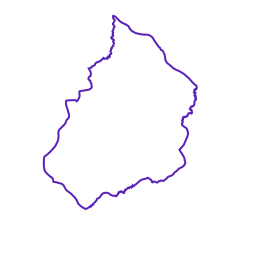 Khongxedone, Saravan, Laos, rotated 119°
{"feature_id": "54806243B74103700383879", "entity_name": "Khongxedone", "entity_type": "district", "adm_level": 2, "iso_a3": "LAO", "parent_name": "Laos", "parent_adm1": "Saravan", "projection": "albers", "projection_center": [105.743, 15.558], "detail": "fine", "context": "isolated", "style": "outline", "palette": "violet", "viewbox_px": 256, "rotation_deg": 119, "n_neighbors": 0, "source": "geoboundaries", "source_scale": "gbopen_adm2", "svg_char_len": 5596}
<svg xmlns="http://www.w3.org/2000/svg" viewBox="0 0 256 256"><g transform="rotate(119 128 128)"><path d="M157.9,73.6L157.1,71.3L153.8,69.9L151.2,69.2L148.0,66.5L146.7,66.1L144.1,65.6L141.1,64.3L138.7,63.7L137.4,62.7L134.9,61.2L132.9,60.7L130.5,61.0L129.3,62.3L127.3,63.8L125.7,65.9L123.8,69.4L123.3,70.5L121.9,72.5L115.7,71.0L114.9,71.1L106.2,72.0L104.0,72.6L102.0,74.1L100.5,75.9L100.0,76.6L99.8,77.4L99.7,79.4L99.3,81.6L99.1,82.1L98.7,82.4L98.4,82.8L97.9,83.1L97.6,83.1L97.2,82.8L96.7,83.1L95.8,83.2L95.5,83.4L95.4,84.2L95.1,84.5L94.6,84.4L94.0,84.2L93.5,84.1L93.2,84.4L92.6,85.0L92.1,85.1L91.8,84.8L91.6,84.3L91.4,84.3L91.3,84.5L91.0,84.5L90.9,84.4L90.9,84.2L91.2,84.0L91.2,83.8L90.5,83.0L89.6,82.8L89.5,82.3L89.2,82.1L88.5,81.8L88.2,81.8L87.3,82.4L86.7,82.1L85.9,82.2L85.4,81.8L85.1,81.2L84.7,80.7L84.7,79.6L84.4,79.4L83.8,80.1L83.6,80.0L83.5,79.9L83.3,79.7L82.8,80.1L82.2,80.3L82.0,81.0L81.6,81.1L81.5,81.4L81.7,81.8L81.5,82.2L81.7,82.9L81.5,83.2L81.2,83.3L80.9,83.3L79.9,83.0L79.5,83.0L79.0,83.3L78.8,83.3L78.6,83.2L78.4,82.8L78.1,82.6L78.1,82.3L77.9,82.0L77.6,82.1L76.9,81.6L75.9,81.3L74.8,81.5L73.8,82.2L73.2,82.6L72.0,82.6L71.7,82.7L71.2,83.0L70.7,83.0L70.4,82.4L70.2,82.3L69.8,82.4L69.4,82.8L68.6,83.1L68.2,83.5L68.2,83.8L68.5,84.0L68.5,84.3L68.4,84.4L67.4,84.4L67.0,84.6L66.9,85.1L67.2,85.7L67.0,85.9L66.3,85.9L65.9,86.0L65.1,85.9L64.7,85.9L64.5,86.2L64.6,86.5L65.1,86.9L64.9,87.7L63.6,87.7L62.4,88.5L62.2,88.4L62.2,87.6L62.0,87.3L61.8,87.3L61.4,88.0L61.1,88.0L60.7,87.4L60.1,87.1L59.8,87.2L59.3,87.4L59.1,87.7L58.6,88.0L57.9,88.7L57.6,90.8L56.7,94.0L55.0,98.8L53.7,104.8L53.4,109.3L53.4,110.5L53.8,114.9L53.7,117.5L52.9,121.0L52.1,125.5L51.5,126.6L50.4,128.2L47.4,130.4L46.2,131.5L45.4,132.5L43.7,134.9L43.6,136.4L43.6,137.3L42.3,139.0L42.2,140.3L41.2,142.3L38.9,147.1L36.9,150.6L36.6,152.3L36.5,154.4L36.9,156.0L39.7,161.8L41.2,167.0L41.3,169.1L41.3,171.7L40.1,175.0L38.9,176.5L38.6,177.7L38.5,180.1L38.7,182.2L38.8,185.7L37.8,189.4L37.5,190.2L36.7,193.7L37.1,195.3L37.6,195.2L39.0,194.2L39.7,193.4L40.0,192.7L40.1,191.9L41.4,191.6L42.7,191.6L43.8,191.8L44.3,191.6L44.7,191.3L44.9,190.9L45.0,190.2L45.1,189.9L45.7,189.1L46.0,188.9L46.5,188.8L47.0,189.1L47.3,189.1L47.9,188.8L48.8,188.7L49.4,188.3L49.7,188.3L50.3,188.6L50.7,188.6L51.4,188.1L51.6,187.4L52.2,187.1L52.5,187.0L53.5,187.0L53.7,186.8L53.8,186.2L54.5,185.6L55.1,185.6L56.2,186.5L56.7,186.5L57.1,186.4L57.8,185.3L57.5,184.5L57.5,184.1L57.9,183.1L58.1,182.9L58.5,183.2L59.1,183.2L59.5,183.1L59.8,182.8L60.0,182.0L60.5,181.5L61.1,181.3L62.3,181.1L63.1,180.6L63.6,180.7L64.6,181.1L65.0,181.1L65.6,180.8L66.0,180.8L66.4,181.3L68.2,180.6L69.4,180.6L69.9,180.1L70.6,179.0L71.0,178.7L71.4,178.8L72.1,179.1L72.6,179.5L72.8,179.5L73.3,179.4L74.2,178.6L74.6,178.6L74.9,178.5L75.1,178.6L75.0,179.9L75.3,180.2L75.6,180.1L76.4,179.8L76.7,179.5L77.4,179.6L77.6,179.9L77.4,180.5L77.8,181.2L79.1,182.2L79.1,182.6L78.7,183.3L78.7,183.6L78.8,183.6L79.9,183.7L80.5,183.8L81.2,184.3L81.7,184.4L82.2,184.4L82.9,185.0L83.4,185.0L83.7,185.4L84.7,185.9L84.9,186.1L85.2,186.9L85.4,187.0L85.9,187.0L86.2,187.4L86.8,187.7L87.7,187.8L88.2,187.6L89.1,187.6L89.6,187.8L91.7,189.4L92.1,189.5L92.4,189.5L92.8,189.3L93.1,189.5L93.7,190.0L94.3,190.4L95.0,191.2L96.7,188.5L97.4,187.5L98.8,186.7L100.3,186.0L100.9,186.2L102.5,186.9L103.4,186.8L104.1,186.4L104.7,185.9L104.9,184.9L104.8,184.2L105.0,183.8L106.2,183.0L106.4,182.8L106.6,181.9L107.0,181.4L108.3,180.8L109.2,179.8L110.0,179.5L110.8,179.4L111.7,179.8L113.3,180.7L114.3,181.7L115.6,183.6L117.0,185.1L119.1,188.0L119.5,188.1L120.3,187.9L123.2,186.0L124.4,185.5L128.1,185.3L129.5,185.9L129.1,187.2L129.4,188.0L133.2,194.3L134.1,195.2L135.2,194.9L136.4,194.3L138.5,192.7L139.6,191.6L140.8,190.1L145.1,185.9L146.5,185.1L147.7,184.8L150.6,185.5L152.2,185.4L153.9,185.1L155.1,185.1L162.8,187.3L164.4,187.2L165.7,186.7L169.6,184.4L172.3,183.3L173.5,183.1L179.0,182.8L181.5,183.3L186.6,184.5L190.7,185.9L193.5,187.2L194.1,187.1L196.3,186.3L199.7,184.5L202.4,182.9L205.5,180.5L206.9,177.7L208.2,172.4L208.2,171.3L208.6,169.5L211.2,167.0L210.1,164.1L209.9,162.8L209.3,160.5L209.0,158.7L209.1,157.6L209.3,156.8L211.7,152.8L212.4,151.3L213.0,146.2L214.7,140.4L216.3,137.4L218.2,135.1L219.1,131.9L219.4,129.9L219.5,128.4L219.3,125.6L217.7,124.4L215.7,123.5L215.2,123.1L214.9,122.3L214.7,122.2L213.8,122.9L213.5,122.9L213.0,122.0L212.9,121.8L212.4,121.7L211.9,121.3L211.4,121.7L211.0,121.7L208.1,120.7L206.1,120.5L204.9,120.7L203.6,119.7L201.9,119.0L199.6,118.9L197.1,118.1L195.2,115.9L194.6,113.8L194.5,112.2L194.9,110.8L194.5,108.2L194.4,108.0L194.2,107.5L193.5,106.8L193.4,106.1L193.6,105.6L193.5,105.3L193.1,105.1L192.1,105.0L191.2,104.6L190.8,104.8L190.4,104.8L190.1,105.0L189.5,104.8L189.3,104.6L189.1,104.6L188.7,104.9L188.3,104.9L188.1,103.9L187.6,103.6L187.3,103.7L186.9,103.5L186.6,103.3L186.6,103.0L186.8,102.6L186.7,101.9L186.9,101.5L186.9,100.8L187.1,100.4L186.9,100.1L186.5,100.2L186.1,100.7L185.9,100.7L185.5,100.1L185.4,100.1L185.0,100.4L184.6,100.2L184.2,100.2L184.1,100.4L183.6,100.3L183.2,100.5L182.7,99.6L182.2,99.6L181.3,99.1L180.1,99.0L180.1,98.3L180.1,98.0L179.8,97.8L178.9,97.7L178.5,97.4L178.5,96.2L178.2,96.1L178.0,96.8L177.1,96.5L176.9,96.4L176.8,95.6L176.4,95.4L175.9,95.7L176.0,95.1L175.6,95.1L175.4,94.6L170.9,92.8L169.5,92.5L167.1,91.3L165.1,89.6L164.7,88.9L163.4,87.6L162.5,87.1L162.0,86.7L161.9,86.0L161.9,85.3L162.1,84.7L162.0,84.1L162.2,83.1L162.3,82.4L162.8,81.8L162.8,81.2L163.0,80.8L163.7,80.6L163.7,80.2L162.4,79.3L162.0,78.9L161.8,76.6L161.6,76.0L161.0,75.7L159.6,75.2L159.2,74.8L158.9,74.2L158.0,73.8L157.9,73.6Z" fill="none" stroke="#5b21b6" stroke-width="2"/></g></svg>